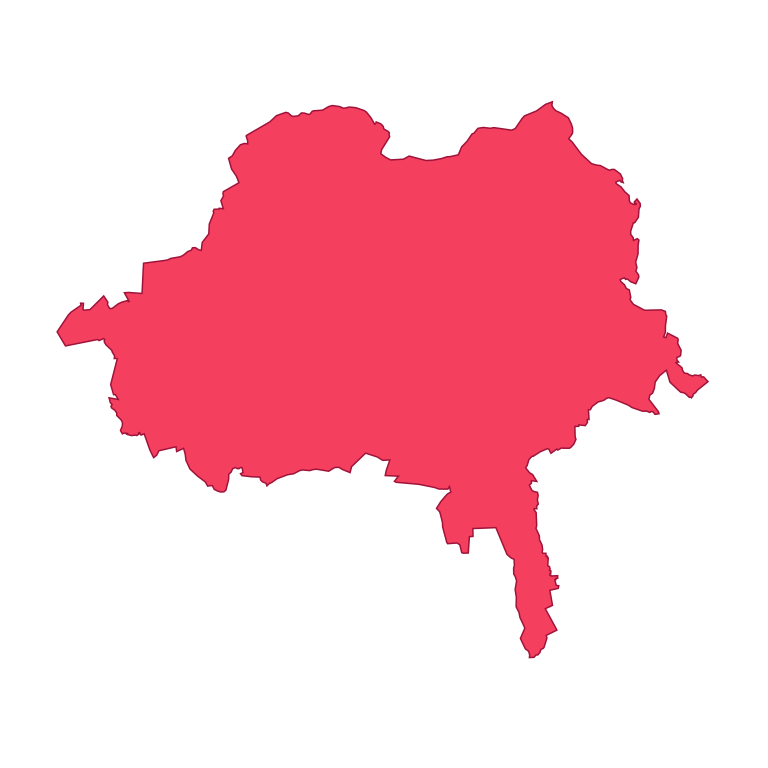 the district of Moinesti, Bacau, Romania, rotated 87°
{"feature_id": "2599482B46572722657661", "entity_name": "Moinesti", "entity_type": "district", "adm_level": 2, "iso_a3": "ROU", "parent_name": "Romania", "parent_adm1": "Bacau", "projection": "mercator", "projection_center": [26.472, 46.47], "detail": "fine", "context": "isolated", "style": "filled", "palette": "rose", "viewbox_px": 768, "rotation_deg": 87, "n_neighbors": 0, "source": "geoboundaries", "source_scale": "gbopen_adm2", "svg_char_len": 6130}
<svg xmlns="http://www.w3.org/2000/svg" viewBox="0 0 768 768"><g transform="rotate(87 384 384)"><path d="M479.6,506.2L477.7,504.2L476.3,501.0L472.9,495.6L469.6,485.1L468.9,478.9L465.9,472.3L465.6,469.6L466.6,462.8L465.7,458.9L465.6,455.6L468.2,443.8L464.9,437.8L464.8,433.5L467.3,429.8L470.7,422.5L464.8,420.7L452.1,406.0L456.5,394.5L460.2,389.3L460.1,382.1L470.2,386.2L475.5,387.6L476.8,374.4L481.7,378.7L482.8,377.0L486.0,354.5L489.9,339.2L491.8,334.6L492.3,325.7L489.9,324.0L495.5,323.0L497.0,326.2L499.8,329.1L504.5,333.5L511.0,338.1L514.3,335.2L516.4,334.6L525.2,332.9L529.9,332.9L545.5,329.6L546.8,328.8L546.6,319.5L548.5,316.7L556.5,315.2L557.1,313.6L557.2,308.7L540.9,306.7L540.9,303.1L533.0,302.8L533.3,279.8L560.6,270.1L564.3,266.3L565.9,263.3L572.1,263.3L574.5,264.2L580.6,264.4L583.2,263.0L587.6,261.9L596.1,263.8L603.9,263.0L613.4,263.7L619.3,261.1L624.1,260.5L635.1,256.1L645.2,261.1L655.9,256.7L658.2,253.9L659.4,253.3L662.3,252.7L664.8,253.1L664.8,248.5L662.6,246.4L662.6,244.6L660.2,242.3L657.3,241.2L656.2,238.6L655.2,237.9L646.3,234.6L643.5,235.1L638.8,224.2L616.8,234.7L613.9,227.3L598.7,229.2L597.2,220.7L594.6,220.0L594.1,222.5L588.3,223.7L588.3,222.5L587.0,222.5L587.0,220.7L584.5,220.6L584.5,227.2L583.7,227.3L583.6,228.4L582.2,228.3L581.7,227.3L579.3,227.2L578.8,228.5L577.3,227.8L575.0,228.3L574.1,230.0L566.4,229.1L566.3,229.7L564.6,229.8L564.7,231.1L561.5,231.2L561.4,234.1L560.2,234.9L557.7,234.2L552.8,234.7L547.5,236.9L543.8,236.8L536.1,239.8L533.3,238.9L520.3,238.8L517.0,240.9L516.3,240.4L516.6,237.9L513.6,237.9L512.1,236.2L507.9,236.9L503.3,235.9L500.2,236.4L499.2,240.0L497.9,241.9L492.6,244.2L490.9,242.0L488.3,241.9L489.3,236.5L482.3,240.3L480.2,243.3L475.9,246.4L474.6,246.7L473.0,245.3L467.2,243.3L463.9,240.0L464.0,238.8L459.7,231.2L457.2,224.4L457.7,222.8L461.9,220.9L458.0,214.8L459.1,213.9L457.3,210.4L457.9,202.4L457.2,200.9L454.0,197.6L449.3,195.2L446.6,195.9L436.3,195.6L436.5,191.7L435.0,191.5L436.1,185.2L433.1,182.9L430.1,182.9L430.2,181.1L420.4,181.2L420.5,179.3L417.3,177.3L413.1,171.1L412.2,166.8L411.2,164.1L410.0,162.7L409.4,160.2L412.2,153.1L418.0,140.9L420.4,137.8L424.7,127.2L424.9,123.0L426.3,120.1L425.5,118.7L425.9,116.7L428.5,115.0L428.1,110.9L426.0,111.4L413.2,120.2L409.1,119.2L407.1,116.2L402.5,114.2L396.3,113.1L390.0,108.2L385.0,101.3L397.2,98.3L407.6,88.3L408.6,84.8L409.7,83.2L413.3,79.8L413.3,78.2L413.9,77.7L412.0,76.1L410.5,75.8L408.8,73.2L406.4,71.2L398.6,60.3L393.6,64.4L393.6,66.7L391.4,67.2L392.1,69.1L391.3,73.3L392.1,75.3L390.8,78.8L389.5,80.2L388.8,83.5L386.1,85.1L383.3,85.6L378.0,91.4L377.5,90.9L377.5,88.7L375.3,90.2L373.5,90.2L372.7,89.9L371.9,87.2L370.9,86.3L365.9,85.5L358.9,88.6L355.1,87.9L353.7,88.4L348.0,98.2L352.4,100.0L351.6,102.3L347.1,100.3L340.7,99.9L331.0,98.1L329.7,98.9L326.2,99.2L324.5,103.2L324.0,119.9L317.6,130.6L314.4,132.9L312.1,133.9L310.6,133.0L302.9,134.1L301.3,137.0L297.4,138.7L294.1,142.1L292.4,142.8L291.2,140.8L290.6,138.2L292.1,137.4L291.9,135.4L294.8,132.3L297.1,127.3L290.6,123.9L288.4,124.1L284.4,126.6L281.1,125.3L275.5,126.3L267.4,123.5L259.0,123.0L253.6,121.9L252.1,123.5L253.7,127.3L251.0,127.5L247.6,129.7L244.5,129.7L236.1,126.6L236.2,125.7L235.7,124.9L230.7,121.2L222.6,120.2L219.9,118.7L217.2,118.7L212.5,121.7L215.4,124.6L216.4,124.3L216.8,122.9L217.8,122.9L217.8,125.2L216.0,128.5L213.7,129.4L208.6,129.4L204.6,133.5L199.7,136.9L196.0,141.7L194.5,141.9L193.0,138.0L194.5,136.9L195.4,134.6L192.9,135.4L191.5,134.9L186.6,137.0L181.7,142.9L181.7,145.7L182.4,147.9L177.2,156.5L176.4,160.7L174.8,165.2L165.0,174.8L152.1,183.5L148.8,186.7L143.8,182.8L142.1,182.4L138.5,182.3L134.4,183.2L127.8,186.0L122.8,193.0L120.1,198.1L117.5,200.4L114.5,201.8L111.0,201.1L113.2,208.1L119.3,217.4L123.6,229.7L126.1,232.2L135.8,239.6L137.2,243.2L133.7,260.9L134.2,264.4L133.0,271.5L133.6,276.8L138.2,281.0L138.9,283.0L146.0,288.4L151.2,294.0L159.0,297.8L160.4,306.1L160.4,309.2L161.9,314.9L163.0,323.2L163.0,330.4L157.7,347.0L160.5,352.8L160.6,365.6L157.8,370.4L153.9,375.1L149.8,374.1L137.4,365.4L135.0,365.9L133.4,365.5L131.8,366.9L129.4,370.7L126.5,371.4L124.0,373.6L121.9,378.1L123.1,378.4L124.1,379.7L117.3,383.2L111.6,387.3L109.9,389.4L106.6,397.7L105.6,404.2L106.6,409.7L104.6,413.9L103.2,421.1L104.1,424.9L107.3,431.0L107.5,440.1L107.9,441.4L110.8,444.0L110.7,445.7L109.2,449.6L109.0,452.3L111.7,455.6L112.0,461.0L111.2,462.6L108.3,465.5L107.6,467.9L110.4,477.4L116.2,484.2L128.4,508.0L129.1,508.7L133.8,507.5L137.0,507.5L136.5,511.0L137.6,514.9L142.9,520.2L148.2,523.5L150.5,527.4L161.3,525.0L168.8,520.5L175.4,518.3L183.5,534.4L185.9,534.9L187.8,534.4L192.4,537.3L200.5,535.3L199.9,539.4L200.7,539.5L200.6,544.5L202.5,545.5L204.4,545.1L215.1,550.1L224.9,551.1L233.1,558.1L241.0,559.5L240.6,561.5L237.9,565.4L238.0,568.2L240.2,569.3L241.5,573.1L245.1,578.0L246.3,581.0L247.4,590.2L248.8,593.7L249.1,596.1L250.8,617.8L280.9,620.9L279.2,634.4L279.3,638.5L288.2,634.2L288.3,634.9L287.2,635.6L288.4,641.0L289.9,645.0L294.4,651.7L294.2,653.9L290.5,656.0L287.8,655.5L281.4,659.3L294.3,673.7L294.6,680.1L293.8,680.7L287.7,679.9L287.4,682.8L289.5,682.5L296.1,693.1L298.7,695.7L314.8,707.7L329.3,700.1L324.6,667.7L325.7,666.3L324.0,661.5L325.2,660.5L325.9,661.1L327.4,661.1L330.2,659.7L336.4,653.9L337.5,653.9L341.8,651.6L344.5,652.0L344.3,650.8L345.0,649.1L370.3,657.0L380.5,654.6L380.5,652.8L385.5,650.2L383.4,659.3L388.3,658.3L390.4,656.6L392.0,657.8L393.5,657.4L396.3,654.1L399.0,652.4L401.4,652.6L406.2,648.3L408.9,647.2L412.1,647.5L416.7,649.6L420.1,647.9L419.6,647.1L419.5,644.6L419.9,642.9L420.6,643.6L421.1,642.6L422.3,638.7L422.0,634.8L422.5,633.5L421.3,631.4L420.1,631.8L419.7,630.7L422.3,629.2L421.2,626.1L437.8,621.2L445.5,617.9L443.2,614.7L438.9,612.3L435.8,595.0L440.6,594.6L437.8,587.5L443.6,586.2L449.8,585.8L458.8,582.2L466.3,574.9L472.5,567.5L476.7,565.5L476.4,560.8L480.4,559.0L482.2,555.7L483.3,552.8L483.3,549.5L481.7,547.4L470.9,544.1L465.9,543.7L464.0,541.3L460.7,539.6L459.6,536.8L460.9,534.8L460.9,533.0L459.9,531.6L460.0,530.2L465.0,529.4L466.1,532.0L468.1,530.6L469.7,521.2L470.5,512.7L473.5,512.2L475.4,510.4L476.9,507.1L479.6,506.2Z" fill="#f43f5e" stroke="#9f1239" stroke-width="1.5"/></g></svg>